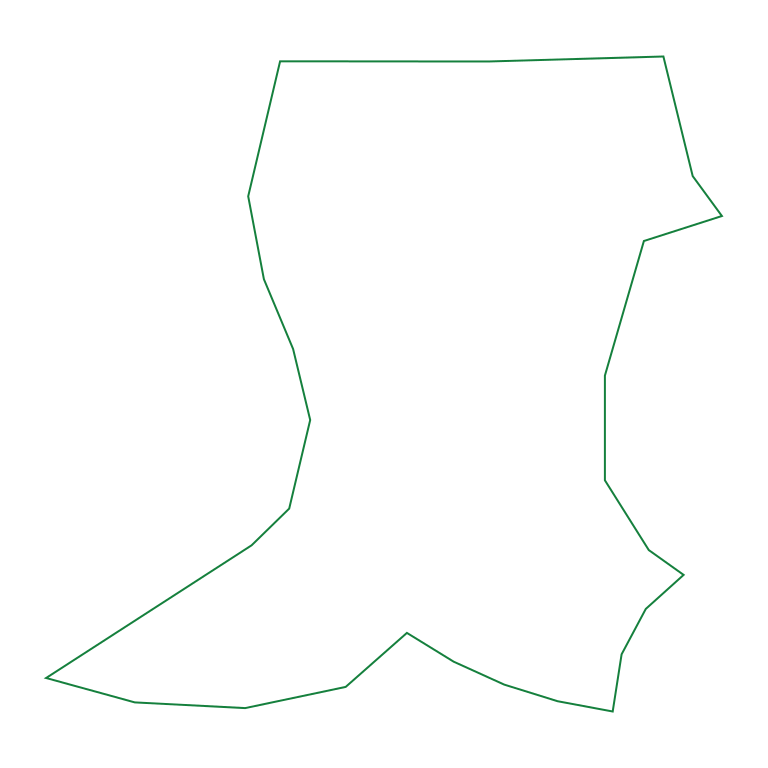 the border of Saint George
{"feature_id": "GRD-5072", "entity_name": "Saint George", "entity_type": "Parish", "adm_level": 1, "iso_a3": "GRD", "parent_name": "Grenada", "parent_adm1": "", "projection": "mercator", "projection_center": [-61.72, 12.057], "detail": "fine", "context": "isolated", "style": "outline", "palette": "green", "viewbox_px": 768, "rotation_deg": 0, "n_neighbors": 0, "source": "natural_earth", "source_scale": "10m", "svg_char_len": 459}
<svg xmlns="http://www.w3.org/2000/svg" viewBox="0 0 768 768"><path d="M683.6,574.9L645.8,608.9L621.6,654.3L612.7,711.5L557.5,701.2L504.2,684.6L453.7,661.7L406.9,632.9L345.7,686.9L245.1,708.1L134.8,702.4L46.1,678.0L251.6,545.3L289.2,508.6L310.2,420.0L293.1,349.0L263.9,279.2L248.2,196.3L280.1,61.3L487.9,61.5L663.4,56.5L692.7,176.1L721.9,216.0L643.9,241.0L604.9,375.6L604.9,480.3L648.8,550.1L683.6,574.9Z" fill="none" stroke="#15803d" stroke-width="2"/></svg>